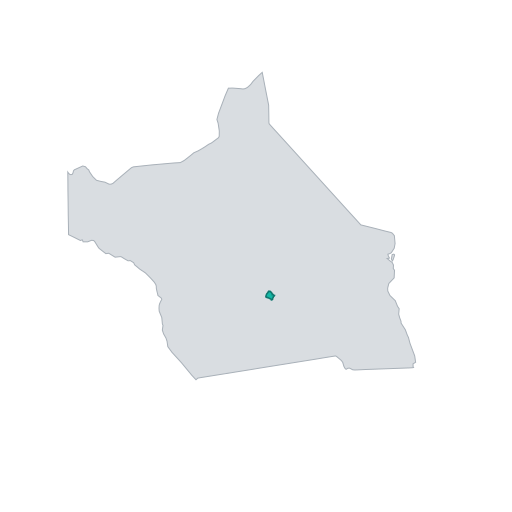 location of Mwea, Central, Kenya, rotated 318°
{"feature_id": "3690345B50229507526225", "entity_name": "Mwea", "entity_type": "district", "adm_level": 2, "iso_a3": "KEN", "parent_name": "Kenya", "parent_adm1": "Central", "projection": "natural_earth1", "projection_center": [37.398, -0.655], "detail": "fine", "context": "in_parent", "style": "filled", "palette": "teal", "viewbox_px": 512, "rotation_deg": 318, "n_neighbors": 0, "source": "geoboundaries", "source_scale": "gbopen_adm2", "svg_char_len": 4510}
<svg xmlns="http://www.w3.org/2000/svg" viewBox="0 0 512 512"><g transform="rotate(318 256 256)"><path d="M128.6,307.8L128.5,301.5L129.2,285.5L129.1,271.4L129.8,264.4L132.8,259.9L134.2,256.7L135.2,252.1L136.8,248.4L140.4,245.4L141.0,243.8L144.8,238.7L147.1,232.3L148.8,230.1L150.9,228.0L152.4,227.0L154.9,225.9L156.8,225.3L157.2,224.8L157.4,223.7L156.7,219.7L157.5,218.4L158.9,215.7L160.4,213.2L161.7,211.7L162.5,210.0L162.9,207.2L162.9,205.2L162.9,201.9L162.5,194.5L160.9,188.3L159.9,181.4L160.6,179.1L159.4,175.0L158.7,174.8L157.7,173.9L156.4,170.1L155.4,166.6L154.8,165.7L150.5,162.6L148.4,155.4L146.0,153.8L144.7,146.6L144.5,144.6L145.8,137.4L145.7,135.8L144.3,134.3L140.3,132.8L137.0,129.8L137.4,128.8L137.7,127.7L135.9,127.0L131.0,114.7L137.4,107.4L143.9,99.9L152.2,90.5L159.8,81.8L166.4,74.4L172.3,67.7L172.1,69.0L172.2,70.7L172.9,71.7L174.1,72.4L175.8,71.7L177.3,70.6L178.7,70.4L187.5,73.2L189.0,75.6L188.9,78.2L189.3,80.1L188.6,82.0L187.8,87.7L188.1,93.0L190.7,96.9L193.1,100.0L194.9,104.3L196.3,105.6L198.2,106.3L204.3,106.4L213.3,106.7L221.9,107.0L222.7,107.1L224.5,107.7L232.5,113.5L239.8,118.8L245.9,123.4L251.9,127.9L257.7,132.3L262.2,135.9L266.7,137.0L273.9,137.5L278.9,137.7L283.5,139.2L290.4,140.6L295.5,141.3L298.6,142.2L307.2,143.0L308.7,142.5L312.4,138.5L316.7,132.0L318.3,128.4L323.8,124.8L333.5,119.8L340.2,116.3L347.8,112.8L351.2,115.8L356.0,120.8L358.1,123.2L359.8,124.3L362.4,125.0L365.5,125.0L367.2,124.9L370.7,124.2L378.9,123.7L383.5,123.7L379.6,130.2L374.9,138.0L366.3,152.4L359.7,160.0L354.7,165.7L354.2,166.7L354.2,173.1L354.3,188.7L354.4,219.8L354.5,251.0L354.6,282.2L354.7,297.7L354.7,303.0L359.1,309.5L363.4,315.9L369.0,324.4L372.1,328.9L372.6,330.4L372.4,333.5L367.7,339.8L363.9,342.7L358.8,344.1L357.2,343.8L355.2,342.9L354.4,344.4L353.8,346.8L352.7,346.3L351.8,345.6L352.4,349.8L352.9,351.9L352.1,354.7L349.6,357.2L349.4,359.3L344.0,364.7L336.3,365.3L332.3,368.0L330.5,370.2L329.1,375.0L329.6,382.4L327.5,388.1L327.1,391.0L323.1,394.7L321.4,398.1L320.1,401.5L318.9,403.0L317.6,410.8L315.7,415.5L315.2,417.0L314.8,418.5L313.4,421.2L312.4,423.1L311.8,424.4L307.1,436.4L303.5,441.8L300.6,441.2L298.7,443.3L298.5,444.3L297.5,443.7L295.1,441.8L290.2,437.7L285.3,433.6L280.4,429.5L275.5,425.4L270.6,421.3L265.7,417.2L260.8,413.1L255.9,409.1L253.0,406.7L251.7,405.2L250.7,402.4L250.3,401.7L249.0,400.8L247.4,400.6L247.0,400.1L247.0,398.7L247.5,396.8L249.3,393.0L249.5,390.8L249.2,388.3L248.6,384.3L248.1,383.4L244.9,381.3L238.1,376.9L231.2,372.5L224.4,368.1L217.6,363.7L210.8,359.3L204.0,354.9L197.2,350.5L190.4,346.1L183.6,341.7L176.7,337.3L169.9,332.9L163.1,328.5L156.3,324.1L149.5,319.7L142.7,315.3L135.9,310.9L133.3,309.2L131.0,307.8L128.6,307.8ZM355.2,350.6L354.0,350.9L354.6,348.8L358.1,346.1L359.5,346.7L359.8,347.3L359.7,347.9L359.1,348.4L355.2,350.6Z" fill="#d9dde1" stroke="#a8b0b8" stroke-width="1"/><path d="M242.8,292.8L242.8,292.7L243.0,292.5L243.0,292.4L243.0,292.2L242.9,292.1L242.8,291.9L242.7,291.8L242.8,291.8L242.8,291.7L242.7,291.7L242.7,291.4L242.4,291.3L242.3,291.2L242.2,291.1L241.9,291.0L241.9,290.9L241.9,290.7L241.7,290.7L241.6,290.8L241.5,290.7L241.4,290.7L241.2,290.7L241.1,290.8L240.9,291.0L240.7,291.1L240.3,291.1L240.2,291.1L239.9,291.1L239.7,291.2L239.6,291.3L239.4,291.3L239.2,291.3L238.7,291.3L238.4,291.4L238.3,291.5L238.1,291.6L237.9,291.7L237.6,291.8L237.4,292.0L237.2,292.1L236.8,292.3L236.7,292.4L236.5,292.5L236.4,292.5L236.2,292.8L236.0,293.0L235.9,293.3L236.0,293.5L236.3,293.7L236.3,293.8L236.4,294.0L236.5,294.1L236.4,294.2L236.4,294.3L236.5,294.3L236.5,294.5L236.8,294.7L236.8,294.8L236.9,295.0L237.0,295.0L236.9,295.0L237.0,295.2L237.2,295.3L237.3,295.5L237.4,295.8L237.4,296.0L237.5,296.2L237.5,296.3L237.5,296.5L238.0,297.1L238.0,297.3L238.0,297.5L238.1,297.8L238.2,298.1L238.3,298.4L238.4,298.5L238.3,298.8L238.1,299.0L238.6,299.3L238.9,299.3L239.0,299.3L239.0,299.0L239.3,299.0L239.5,299.0L239.5,298.9L239.9,298.7L240.1,298.6L240.3,298.5L240.5,298.4L240.9,298.4L241.0,298.4L241.3,298.2L241.6,298.0L241.7,297.8L241.9,297.8L242.3,297.9L242.4,297.7L242.5,297.7L242.8,297.6L243.0,297.7L243.1,297.8L243.3,297.8L243.4,297.7L243.2,297.5L243.2,297.4L243.0,297.2L242.9,297.2L242.8,296.9L242.8,296.7L242.9,296.4L242.8,296.2L242.7,296.1L242.7,295.9L242.8,295.8L242.8,295.7L242.8,295.4L242.7,295.4L242.8,295.3L242.7,295.2L242.6,294.9L242.7,294.7L242.8,294.5L242.8,294.4L242.9,294.2L242.9,293.9L243.0,293.9L243.1,293.7L243.1,293.4L243.0,293.2L242.9,293.1L242.8,292.9L242.8,292.8Z" fill="#14b8a6" stroke="#0f766e" stroke-width="1.5"/></g></svg>